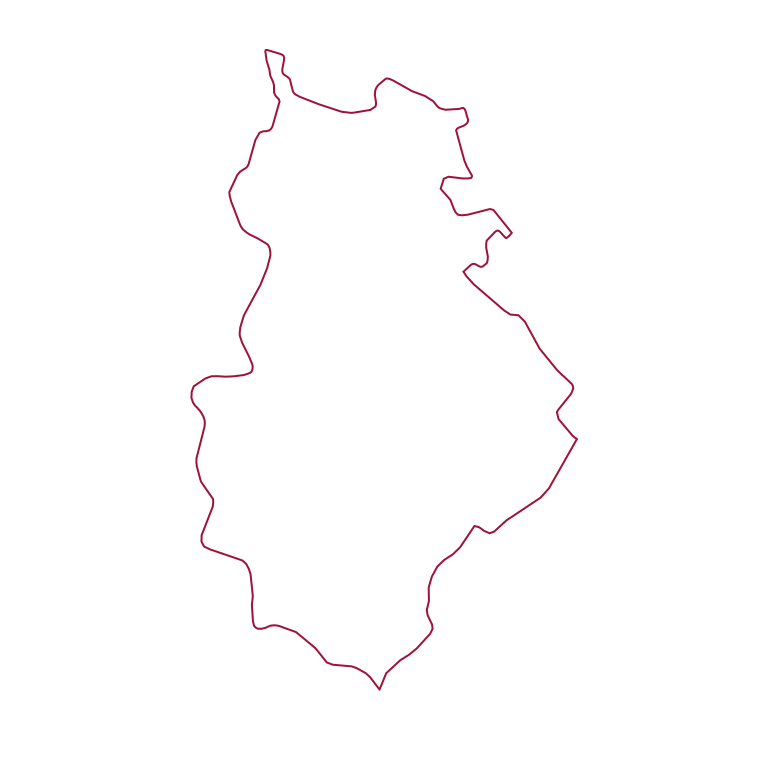 the Republic of Kabardin-Balkar, rotated 285°
{"feature_id": "RUS-2304", "entity_name": "Kabardin-Balkar", "entity_type": "Republic", "adm_level": 1, "iso_a3": "RUS", "parent_name": "Russia", "parent_adm1": "", "projection": "natural_earth1", "projection_center": [43.605, 43.443], "detail": "fine", "context": "isolated", "style": "outline", "palette": "rose", "viewbox_px": 768, "rotation_deg": 285, "n_neighbors": 0, "source": "natural_earth", "source_scale": "10m", "svg_char_len": 3329}
<svg xmlns="http://www.w3.org/2000/svg" viewBox="0 0 768 768"><g transform="rotate(285 384 384)"><path d="M160.1,494.3L154.6,493.2L137.1,484.1L128.9,478.2L121.4,471.2L105.2,461.0L87.9,458.8L88.3,458.0L97.1,446.6L99.9,441.3L102.1,432.8L102.5,430.9L102.9,425.9L99.6,407.3L100.2,400.9L111.1,386.1L121.6,363.2L123.1,345.6L123.0,342.8L122.6,340.7L122.0,338.9L121.3,337.1L119.2,334.2L118.0,332.9L116.9,331.0L115.8,328.9L115.0,325.4L115.5,323.2L116.4,321.5L117.9,320.5L121.0,318.8L136.3,313.6L145.1,312.2L165.6,304.4L170.4,301.3L174.2,297.8L175.9,295.1L176.9,292.6L179.2,259.1L180.4,252.3L184.5,248.5L190.7,247.0L221.1,250.3L225.6,249.7L228.6,248.7L241.6,233.3L242.9,232.1L256.2,224.4L260.3,222.9L263.8,222.1L296.3,221.7L300.0,221.0L302.6,220.1L305.6,218.1L308.3,215.6L310.7,212.8L312.8,209.7L314.4,206.8L315.4,205.7L317.1,204.0L320.8,201.6L326.5,200.3L332.5,200.8L343.1,210.0L346.8,215.3L348.5,221.4L350.1,229.2L352.7,237.3L356.4,246.3L358.9,250.2L361.0,252.6L362.8,253.0L364.1,253.1L365.8,252.9L367.5,252.4L369.2,251.5L375.6,246.5L387.1,236.3L393.2,232.3L395.8,231.4L401.8,230.5L414.0,230.9L448.0,239.0L465.5,241.1L478.7,241.0L481.6,240.2L485.8,238.3L487.5,236.8L488.7,235.3L489.1,234.3L491.9,224.4L493.7,215.4L494.7,212.4L496.6,208.1L498.3,205.9L500.0,204.2L520.5,189.3L525.5,186.4L529.3,184.9L547.9,188.2L551.6,189.9L554.4,192.3L556.2,194.1L557.3,195.0L558.9,195.8L561.0,196.3L586.3,196.6L594.3,198.7L595.5,199.9L596.9,202.2L597.6,204.6L599.3,207.6L601.3,208.9L603.8,209.6L629.8,210.0L631.9,208.7L633.0,206.7L634.5,204.4L637.2,202.3L643.8,200.5L646.9,198.8L652.3,194.4L658.2,191.8L665.8,187.0L674.5,183.3L675.9,183.3L676.4,184.5L676.0,198.2L675.7,200.3L674.9,202.1L673.3,203.1L671.2,203.6L661.9,204.3L659.8,204.8L658.1,205.7L657.0,207.2L655.7,211.1L654.9,212.9L653.8,214.3L643.9,219.8L642.4,220.9L641.3,222.3L640.6,224.2L639.6,228.5L637.4,248.1L636.0,272.4L637.3,281.7L638.1,284.2L645.2,299.9L649.8,303.9L652.0,303.9L653.9,303.4L661.0,300.3L665.3,299.6L667.6,299.8L669.7,300.4L671.5,301.2L678.8,306.3L679.9,307.6L680.1,310.5L679.5,314.4L674.1,335.4L672.8,349.1L669.9,358.3L666.3,363.3L665.4,364.9L664.8,366.7L664.8,372.4L669.1,385.2L670.8,388.1L671.1,389.2L670.5,390.6L669.2,391.8L661.3,396.6L659.5,397.1L657.6,396.8L655.5,395.4L654.0,394.0L650.7,389.5L649.3,388.4L647.7,388.0L620.6,403.8L615.3,407.9L608.2,414.9L607.0,415.3L605.5,414.7L604.3,411.9L603.0,407.3L600.9,392.7L597.7,388.6L587.2,388.2L579.0,400.5L571.1,406.2L568.4,408.7L567.4,410.3L566.6,412.0L567.2,415.8L569.3,421.3L580.4,441.0L580.5,444.6L563.1,468.3L559.2,466.4L556.9,464.7L556.5,464.2L556.7,463.5L561.2,456.4L561.7,454.9L561.4,453.5L560.4,452.4L559.1,451.6L549.1,446.1L546.0,446.4L541.9,447.5L534.1,451.3L530.1,452.1L527.3,452.0L522.9,448.8L522.2,447.3L522.3,445.5L523.3,441.7L523.4,439.8L522.7,438.2L521.4,437.0L513.0,431.7L509.2,436.1L503.5,444.9L486.1,481.1L483.8,488.1L485.2,496.1L480.7,503.9L458.4,525.2L442.3,547.5L438.6,554.1L437.8,555.9L432.3,565.9L430.7,567.1L428.7,567.9L425.0,567.6L422.4,567.0L403.8,558.8L401.5,558.3L395.3,561.7L382.6,579.9L380.7,584.6L325.8,570.3L320.3,567.5L314.7,564.6L284.0,537.6L269.8,528.5L267.2,524.7L268.0,518.9L270.3,512.9L270.2,508.1L245.8,499.7L237.5,494.7L229.5,487.6L221.5,482.8L210.5,480.1L199.2,479.8L185.8,483.6L176.8,483.8L171.9,486.0L164.1,492.7L160.1,494.3Z" fill="none" stroke="#9f1239" stroke-width="2"/></g></svg>